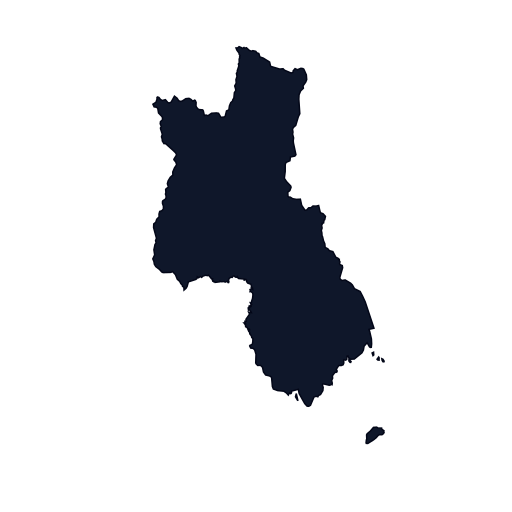 Mueang Phangnga, Phangnga, Thailand, rotated 347°
{"feature_id": "78962969B58835722808395", "entity_name": "Mueang Phangnga", "entity_type": "district", "adm_level": 2, "iso_a3": "THA", "parent_name": "Thailand", "parent_adm1": "Phangnga", "projection": "equal_earth", "projection_center": [98.498, 8.471], "detail": "fine", "context": "isolated", "style": "filled", "palette": "ink", "viewbox_px": 512, "rotation_deg": 347, "n_neighbors": 0, "source": "geoboundaries", "source_scale": "gbopen_adm2", "svg_char_len": 6088}
<svg xmlns="http://www.w3.org/2000/svg" viewBox="0 0 512 512"><g transform="rotate(347 256 256)"><path d="M189.7,84.9L190.3,87.8L192.4,88.6L193.5,90.0L193.2,94.7L195.7,98.9L196.0,100.3L195.4,102.4L193.2,103.5L192.4,105.6L192.9,108.7L191.8,109.6L191.6,110.6L192.1,116.3L190.7,118.6L190.9,120.9L190.6,122.8L191.6,125.8L193.1,126.1L199.1,134.6L200.9,137.4L201.4,139.6L197.7,143.3L197.8,144.1L199.0,146.4L199.2,149.2L196.4,151.8L193.8,155.4L193.2,158.4L190.2,160.0L187.3,163.0L185.9,165.6L186.2,169.2L183.6,170.2L182.9,170.9L182.5,173.8L181.7,175.3L181.9,177.2L181.4,179.1L180.5,180.2L177.7,181.2L177.1,182.0L176.7,183.7L177.0,186.7L176.3,189.4L174.5,190.7L172.2,190.9L170.9,193.3L170.4,196.0L167.5,197.9L165.9,200.6L163.6,201.7L162.6,205.2L163.0,216.3L161.6,218.4L161.6,220.8L160.2,222.0L157.9,227.0L157.5,232.1L154.8,235.6L155.3,238.4L155.1,241.1L156.0,243.8L158.9,247.3L160.6,250.4L161.8,251.3L169.3,252.8L171.2,252.4L173.3,256.0L174.1,261.0L175.9,263.5L176.6,266.1L177.6,267.6L177.6,269.1L178.7,270.1L178.2,273.0L180.6,271.7L182.0,270.2L184.3,266.0L192.1,265.3L193.5,264.6L194.1,263.0L195.2,264.3L197.0,263.4L198.2,264.6L199.7,263.7L202.4,263.4L204.6,264.3L205.5,264.0L207.5,268.2L208.5,268.5L208.1,269.1L208.2,270.7L208.8,270.6L209.0,271.6L209.8,271.6L210.1,272.5L215.0,273.0L215.2,272.4L216.6,273.3L219.7,273.8L220.0,274.5L222.1,274.2L222.9,275.7L223.4,275.7L223.9,274.5L223.6,273.6L225.0,271.6L227.0,271.1L228.0,271.5L229.4,270.3L230.4,270.7L231.1,271.9L232.6,272.4L233.1,271.9L233.5,273.4L234.1,274.1L239.1,275.7L239.3,276.1L239.0,276.7L239.7,277.0L240.3,276.4L240.9,276.5L241.5,277.7L241.1,278.8L241.8,280.5L244.8,282.5L244.8,285.0L244.4,285.3L245.4,286.2L245.3,287.9L244.1,286.9L242.6,287.3L242.6,288.9L242.2,289.4L243.3,289.7L244.4,291.3L244.3,293.1L243.1,296.5L241.0,300.0L241.1,300.6L240.6,300.9L240.0,300.5L240.2,301.6L240.8,302.3L239.9,302.8L240.0,304.0L239.5,304.2L238.9,303.5L238.4,304.4L238.0,303.5L237.4,304.6L236.7,304.8L236.5,307.0L237.3,306.5L238.6,309.0L238.8,310.2L236.2,309.1L236.7,311.1L232.0,315.4L231.8,317.4L230.6,317.0L230.3,317.8L230.6,319.3L229.3,318.7L230.2,320.8L230.0,322.6L231.3,323.7L231.8,326.6L232.7,325.5L233.2,325.9L233.2,326.6L232.1,327.3L232.1,328.1L232.7,328.9L232.4,330.4L233.5,332.7L233.5,334.5L234.4,335.7L233.5,339.1L232.4,341.3L230.0,341.7L229.6,342.2L230.1,344.5L232.6,345.5L233.6,347.3L233.9,351.8L231.7,360.0L231.8,361.0L233.0,363.0L235.8,363.6L236.8,365.0L237.3,366.1L237.2,370.7L238.6,374.1L242.2,375.9L243.6,377.2L243.8,378.4L242.6,386.8L243.0,389.5L246.8,392.0L252.7,394.0L254.9,396.4L256.2,398.8L257.9,396.8L258.7,397.9L259.3,397.8L259.9,397.1L260.1,395.7L267.2,395.4L267.1,399.8L267.5,401.2L270.3,410.8L272.0,413.8L273.6,414.3L275.5,413.7L280.8,406.4L283.0,406.2L284.6,407.1L285.5,406.0L287.7,405.5L290.9,402.2L291.9,399.1L291.7,396.7L292.6,395.6L298.3,398.4L299.9,398.4L300.7,397.9L301.2,398.4L301.7,397.1L301.7,394.3L303.2,392.3L303.5,389.9L306.9,387.0L307.7,387.4L308.7,387.2L309.2,386.3L308.7,384.5L312.0,381.3L314.3,381.9L316.4,381.6L317.5,380.0L318.0,377.0L318.4,376.7L319.7,377.6L321.1,377.3L322.2,374.0L323.1,373.9L323.6,376.2L325.2,377.9L328.6,378.5L337.4,374.2L339.5,371.8L341.0,368.2L344.8,365.5L346.1,370.0L346.8,370.8L347.8,370.9L348.9,367.7L349.8,362.8L349.8,355.0L349.5,352.9L354.7,352.9L352.1,325.3L350.9,319.5L349.5,314.0L344.6,310.0L343.4,305.9L342.1,303.8L337.5,299.4L334.2,299.2L332.8,297.4L332.8,295.8L337.8,286.9L337.9,284.7L335.8,283.2L335.7,282.3L336.5,280.6L336.1,279.1L336.4,278.0L335.5,277.7L335.7,277.0L335.1,276.4L333.5,275.2L331.9,269.0L328.7,267.3L327.6,265.1L325.3,263.2L325.8,259.6L325.2,256.3L325.2,252.2L324.9,251.0L325.4,248.3L325.4,245.8L326.7,243.6L326.8,241.5L327.2,240.1L327.7,239.9L327.7,239.1L329.3,239.0L330.3,236.4L331.1,236.1L332.6,233.0L330.8,229.8L328.8,228.6L328.4,227.2L328.4,220.9L325.8,220.9L322.7,220.1L320.5,221.3L318.1,220.9L315.7,222.6L314.1,222.5L311.9,216.9L312.0,210.6L308.1,209.9L304.6,208.4L302.7,206.4L301.0,205.8L300.6,205.1L301.3,201.0L303.7,199.9L305.6,197.0L305.6,195.7L302.5,190.4L301.1,186.7L303.5,180.1L305.1,173.4L306.3,171.6L310.5,170.8L311.8,167.3L316.3,167.4L317.7,166.3L317.9,154.3L318.2,152.1L319.2,149.4L319.1,145.5L319.9,143.6L320.1,140.7L321.3,139.2L324.1,137.7L328.6,129.8L330.7,127.2L333.0,112.8L334.2,108.6L336.6,105.2L339.9,103.2L340.1,100.8L343.5,97.8L345.1,95.5L345.8,90.8L344.6,84.7L343.8,83.9L342.0,83.2L338.3,83.8L336.2,82.2L333.9,83.9L333.4,85.4L331.4,85.6L325.6,81.4L324.5,79.6L321.2,79.2L313.3,74.7L312.9,74.2L312.9,70.1L307.6,64.8L304.6,62.9L304.3,59.3L302.6,58.3L301.8,56.5L299.1,55.2L297.4,55.4L295.7,54.1L293.5,50.9L291.7,51.0L291.2,50.1L289.2,50.7L288.8,49.8L286.6,48.2L285.1,49.1L283.3,48.8L283.7,51.2L285.1,54.4L285.0,55.7L285.5,57.2L284.7,58.4L284.8,59.4L283.9,60.2L283.1,64.0L282.0,65.0L282.1,66.8L279.4,71.3L279.1,72.7L278.0,73.6L277.9,76.7L276.1,79.7L275.6,83.1L273.5,85.5L273.7,88.9L273.4,90.4L271.7,91.9L270.0,97.0L268.5,98.6L267.9,99.8L265.9,100.9L263.9,103.7L262.4,107.5L259.9,108.0L257.4,112.9L256.5,113.4L253.0,113.0L251.6,108.5L249.7,107.7L244.8,106.9L240.8,108.5L239.0,107.4L237.3,107.5L237.3,102.7L236.9,101.6L233.5,100.5L232.4,99.5L231.4,97.3L231.3,96.1L232.2,92.9L231.8,90.8L231.3,90.3L229.2,90.9L227.8,88.7L226.2,87.3L223.0,86.9L219.0,88.4L217.2,88.4L215.6,87.3L214.6,84.5L212.5,81.9L207.9,87.0L205.7,87.4L204.6,86.6L202.9,83.3L199.6,83.4L198.1,81.9L197.1,79.7L195.9,78.9L195.2,79.2L194.8,81.0L193.1,83.7L189.7,84.9ZM339.7,451.9L336.2,451.1L335.1,449.9L331.9,449.4L328.0,452.3L324.3,454.2L323.5,455.2L322.7,459.5L322.2,459.9L321.2,462.8L321.3,463.4L322.8,463.8L329.1,461.6L332.2,460.1L334.8,458.2L336.2,457.9L338.5,458.5L340.3,457.7L340.6,456.7L341.3,457.5L340.8,456.5L341.4,455.1L339.6,453.0L339.7,451.9ZM264.3,405.9L264.3,399.1L262.8,402.1L264.0,405.9L264.3,405.9ZM352.5,385.2L353.1,382.8L352.8,382.0L350.7,383.8L351.2,384.7L352.5,385.2ZM348.9,376.2L347.3,376.6L347.6,379.4L348.5,378.9L348.9,376.2ZM357.2,387.3L356.5,385.2L355.5,384.4L355.4,386.1L355.9,387.6L356.8,387.9L357.2,387.3ZM324.3,381.0L324.9,380.2L323.3,377.6L322.9,379.2L323.7,380.8L324.3,381.0Z" fill="#0f172a" stroke="#020617" stroke-width="1.5"/></g></svg>